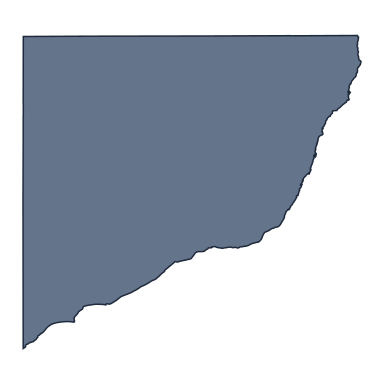 Franklin Harbour, South Australia, Australia (Mercator projection)
{"feature_id": "25037944B7803908509786", "entity_name": "Franklin Harbour", "entity_type": "district", "adm_level": 2, "iso_a3": "AUS", "parent_name": "Australia", "parent_adm1": "South Australia", "projection": "mercator", "projection_center": [137.156, -33.602], "detail": "fine", "context": "isolated", "style": "filled", "palette": "slate", "viewbox_px": 384, "rotation_deg": 0, "n_neighbors": 0, "source": "geoboundaries", "source_scale": "gbopen_adm2", "svg_char_len": 5831}
<svg xmlns="http://www.w3.org/2000/svg" viewBox="0 0 384 384"><path d="M23.2,348.5L24.6,347.6L25.3,347.1L25.6,346.5L25.5,345.7L25.6,345.3L26.6,344.4L28.0,343.9L29.8,342.5L30.9,342.5L31.6,342.0L33.2,341.7L33.5,341.5L33.6,341.1L34.3,340.8L35.3,339.9L35.9,339.6L36.3,339.1L37.0,338.0L37.6,337.5L37.8,336.6L37.7,336.3L37.8,336.0L39.6,334.9L40.7,333.7L41.5,333.5L41.7,333.2L42.0,333.1L42.2,332.7L43.2,332.1L44.3,330.9L47.1,327.5L48.1,326.6L51.4,324.3L55.9,322.8L60.7,322.0L65.7,321.6L68.9,321.6L71.3,321.8L73.4,322.1L74.1,322.1L74.4,321.7L74.6,321.0L74.2,320.3L74.2,318.1L74.1,317.9L74.6,316.9L77.6,313.6L78.4,312.0L79.5,311.0L82.2,309.3L82.7,308.6L83.1,307.1L83.7,306.5L84.3,306.2L88.8,305.1L90.7,305.0L92.6,304.6L96.2,304.2L99.0,304.3L101.2,304.3L104.2,304.6L105.8,304.9L106.0,304.8L105.9,304.3L106.0,304.1L106.9,303.8L108.3,303.9L109.3,304.2L111.3,303.5L116.7,300.1L118.6,298.5L121.3,296.5L123.5,295.6L127.7,294.0L131.8,292.3L134.0,290.9L135.1,290.5L137.8,288.9L139.4,287.8L140.8,286.7L142.8,285.9L145.7,284.5L148.1,283.2L151.6,280.9L154.5,279.7L155.8,279.0L159.6,275.7L160.9,274.3L162.3,273.0L164.4,271.6L164.6,271.2L164.5,270.5L174.1,262.5L174.8,261.7L175.6,261.7L176.5,261.9L177.7,262.0L178.5,261.8L179.4,261.4L182.7,260.6L184.2,260.4L184.9,260.1L186.0,260.1L187.6,259.4L188.2,259.5L190.8,258.8L191.3,258.3L193.2,255.9L193.6,255.5L194.0,254.7L195.1,253.2L196.4,252.1L198.5,251.6L202.2,251.6L203.1,251.5L204.4,251.2L205.8,249.9L206.7,249.4L207.8,248.9L208.1,248.5L208.3,247.9L208.9,247.8L210.0,247.9L211.6,247.7L211.8,247.6L212.0,247.4L211.7,247.0L211.7,246.9L215.3,246.5L215.7,246.7L216.1,247.2L217.9,247.6L222.5,248.3L226.0,247.6L226.3,247.7L227.1,247.6L227.9,247.2L228.7,247.2L231.0,247.2L232.9,247.7L233.9,247.6L234.5,247.3L235.4,247.4L236.4,247.6L237.0,247.9L237.5,248.0L238.6,247.8L239.6,247.3L240.0,246.9L240.3,246.9L241.5,246.7L242.5,246.8L243.9,246.3L245.2,246.3L247.2,245.8L248.4,245.4L251.1,244.0L252.4,243.5L256.9,242.3L258.4,242.1L259.3,241.5L260.3,240.5L261.4,239.1L262.1,237.6L262.5,236.2L263.6,234.0L264.1,233.1L264.8,232.3L268.0,231.0L269.8,230.0L271.0,229.1L272.1,228.5L274.1,228.0L275.4,227.2L277.7,226.9L279.0,226.1L280.1,224.9L280.8,223.9L282.2,221.3L282.7,220.7L284.1,218.2L284.5,216.9L284.3,216.1L285.6,213.4L285.6,212.8L286.0,211.9L287.4,210.1L288.4,209.2L288.6,209.1L288.7,209.3L288.6,209.6L288.6,209.8L288.8,209.8L289.3,209.4L289.9,208.0L290.5,207.0L290.7,206.0L291.3,205.6L292.2,204.6L293.0,202.9L293.8,202.1L294.2,201.3L295.4,199.7L296.0,198.2L296.6,197.7L296.6,197.2L296.5,196.5L296.6,195.7L297.1,195.5L297.8,195.6L298.0,195.5L299.1,191.2L299.5,190.8L299.7,190.3L299.7,190.1L299.4,189.5L299.3,189.2L299.6,188.9L299.9,188.3L300.6,187.9L301.3,186.4L301.3,186.2L301.1,186.0L301.1,185.6L300.9,185.3L301.7,185.2L302.1,184.6L302.0,184.4L300.9,184.7L300.6,184.6L301.1,183.7L301.5,183.5L301.8,183.0L302.5,182.3L302.5,181.7L303.2,180.5L303.2,180.0L302.8,180.3L302.4,181.1L302.2,180.9L302.8,180.0L303.5,178.2L304.7,177.0L304.9,176.6L305.7,176.0L306.4,174.9L307.9,173.7L308.7,173.4L308.7,173.5L308.7,174.0L309.0,174.1L309.5,173.1L309.0,173.0L308.9,172.8L309.3,172.6L309.8,172.2L310.5,171.0L310.7,170.4L310.5,170.1L310.9,169.7L311.0,169.3L310.3,168.7L310.3,168.4L310.4,167.9L310.9,167.3L311.4,165.2L312.0,164.5L312.1,163.9L312.1,163.5L312.4,163.0L312.7,162.3L313.1,160.2L313.4,159.3L314.0,158.4L314.0,157.9L313.8,157.3L313.8,157.0L314.1,156.2L314.1,155.8L314.0,155.7L313.7,156.1L313.8,155.6L314.5,154.6L314.6,154.9L314.4,155.6L314.4,156.5L314.9,156.4L315.3,156.9L315.9,156.1L315.7,155.3L315.8,155.1L316.1,154.9L316.3,153.7L316.1,153.5L315.9,153.5L315.4,152.5L314.9,151.6L315.3,150.8L315.5,149.9L315.8,149.4L315.7,148.9L315.4,149.4L315.4,148.9L315.6,147.7L316.7,145.1L316.6,144.1L317.0,144.1L317.1,143.7L317.3,143.0L317.4,142.7L317.2,142.3L317.3,142.1L317.5,141.5L318.0,141.0L318.0,140.6L317.8,140.1L318.1,139.2L318.3,138.3L318.6,137.3L319.6,136.1L320.5,135.5L322.4,134.7L322.9,134.2L322.7,132.9L322.6,132.1L322.3,131.6L322.2,132.0L322.0,131.9L321.9,131.1L322.3,129.7L322.7,129.0L323.1,128.5L323.1,128.2L322.9,128.1L322.5,128.2L322.3,128.1L322.7,127.8L323.1,126.9L323.6,126.6L324.1,126.0L324.3,125.3L324.7,124.3L325.0,124.1L325.2,123.8L325.2,123.5L325.5,123.1L325.7,121.2L326.0,120.7L326.6,120.1L326.7,119.6L327.1,119.1L327.4,118.0L329.2,116.6L329.3,116.3L330.1,116.3L330.9,114.5L331.8,113.8L332.3,113.2L332.4,112.9L332.4,112.3L332.6,111.7L332.5,111.4L332.5,111.2L333.9,110.7L336.9,110.5L337.1,109.8L337.8,109.0L338.3,108.7L338.7,108.3L340.1,107.3L342.5,104.9L344.0,103.8L344.7,103.2L346.1,102.3L346.2,102.0L346.5,101.8L346.6,101.4L346.8,100.9L347.3,100.2L348.0,99.9L348.2,100.1L348.4,100.2L349.1,99.6L349.1,99.3L348.8,98.6L348.5,97.7L348.6,96.7L348.2,96.1L348.4,94.6L348.2,93.8L348.4,93.2L348.8,92.5L349.0,92.7L349.3,92.3L349.4,92.0L349.5,92.0L349.4,92.7L349.5,92.8L349.9,92.8L349.9,93.0L350.3,92.3L349.8,92.0L349.5,91.4L349.1,91.4L348.9,91.1L348.6,91.6L348.6,92.1L348.1,92.2L347.9,91.6L348.0,91.3L348.6,91.1L348.7,90.8L348.9,89.7L348.8,89.0L349.3,87.7L349.1,87.5L349.2,86.9L349.2,85.9L349.8,85.1L350.0,84.6L349.9,84.2L350.3,84.0L350.5,84.0L351.0,83.6L350.9,83.2L351.6,81.4L352.2,80.4L352.9,79.8L353.9,78.3L355.3,77.0L355.9,76.2L356.3,74.7L356.2,73.9L356.5,73.2L357.3,72.6L357.5,72.0L357.4,71.3L357.5,70.5L357.4,68.7L357.7,67.9L358.7,66.9L359.1,66.2L360.3,64.7L360.8,62.6L361.0,61.5L360.8,61.1L360.0,60.5L359.4,60.3L359.0,59.8L358.8,59.0L358.8,58.5L358.6,58.0L358.6,56.8L358.0,55.2L357.9,54.0L357.9,53.3L358.0,52.8L358.5,51.9L358.0,51.1L357.8,50.1L357.9,48.0L357.0,45.9L357.1,45.3L357.6,44.7L357.4,43.9L357.4,43.0L357.6,42.2L357.8,41.2L358.2,40.1L358.4,38.2L358.6,37.2L357.9,36.6L357.5,35.5L290.5,35.8L290.5,35.7L209.3,36.0L89.3,36.2L23.3,36.5L23.2,103.9L23.3,104.0L23.3,114.9L23.2,115.4L23.2,121.1L23.3,121.0L23.2,121.3L23.2,138.2L23.0,199.8L23.2,348.5Z" fill="#64748b" stroke="#1e293b" stroke-width="1.5"/></svg>